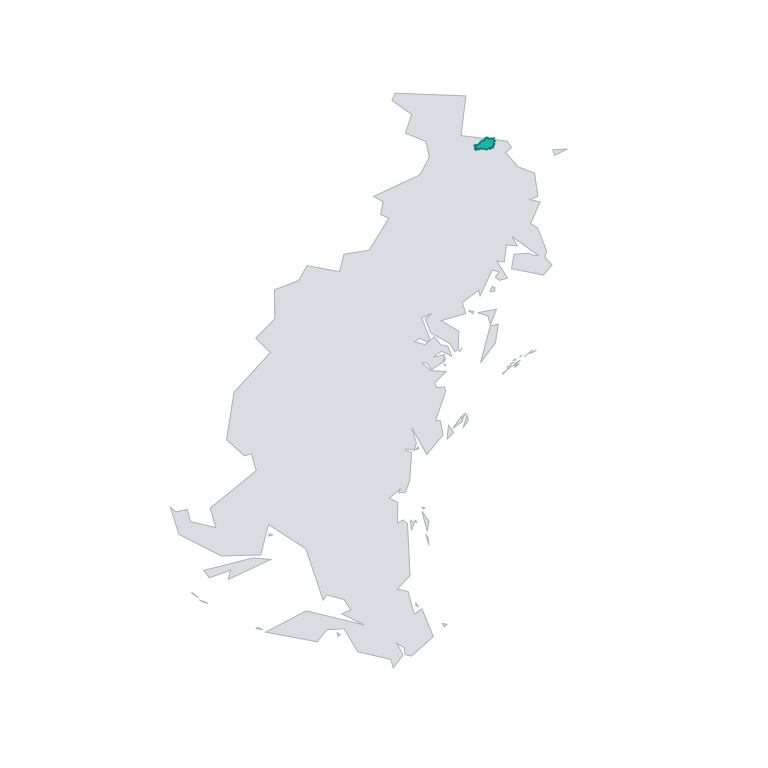 Russia, with Kursk highlighted, rotated 161°
{"feature_id": "RUS-2362", "entity_name": "Kursk", "entity_type": "Region", "adm_level": 1, "iso_a3": "RUS", "parent_name": "Russia", "parent_adm1": "", "projection": "albers", "projection_center": [36.333, 51.669], "detail": "fine", "context": "in_parent", "style": "filled", "palette": "teal", "viewbox_px": 768, "rotation_deg": 161, "n_neighbors": 0, "source": "natural_earth", "source_scale": "10m", "svg_char_len": 7241}
<svg xmlns="http://www.w3.org/2000/svg" viewBox="0 0 768 768"><g transform="rotate(161 384 384)"><path d="M626.8,308.6L626.1,337.0L622.5,330.9L610.9,329.3L611.8,317.0L589.6,302.9L588.9,323.2L533.0,343.6L532.1,361.4L539.2,361.4L551.0,382.5L528.5,425.0L481.2,450.7L490.3,469.1L466.1,481.1L456.8,508.7L431.0,509.6L418.2,520.9L389.5,504.7L379.6,519.7L354.3,515.4L325.5,539.2L332.0,545.4L325.4,556.8L332.9,564.7L281.9,570.1L267.2,583.8L265.5,599.7L282.0,614.2L270.1,630.0L284.2,649.5L278.7,655.3L212.8,629.7L230.3,593.8L188.6,573.5L186.6,566.1L193.7,563.3L186.5,545.7L173.0,534.2L177.4,511.3L186.1,510.8L177.1,505.3L193.1,488.1L187.9,481.3L186.9,457.0L190.5,451.5L186.4,441.9L197.9,435.1L225.9,451.6L218.8,464.3L204.8,460.7L199.8,456.5L196.4,455.7L215.0,481.7L212.9,471.3L223.1,475.6L230.6,460.2L237.3,463.5L232.8,443.9L241.0,444.4L244.1,448.7L238.8,452.7L244.6,456.6L264.5,436.1L264.1,441.7L283.6,435.6L283.6,424.0L309.4,425.3L296.0,409.5L302.7,392.0L306.6,391.7L308.3,400.6L323.2,417.1L323.8,432.1L315.9,435.1L326.9,434.1L326.0,412.2L329.1,409.4L335.7,415.8L341.2,413.9L332.5,407.9L321.1,412.2L317.6,402.6L311.4,399.0L310.9,388.3L318.6,396.3L326.3,394.4L327.9,393.2L317.0,392.0L321.0,385.5L334.3,382.0L336.8,390.0L341.2,391.4L335.4,381.4L321.2,375.6L336.1,368.3L334.9,363.1L327.8,361.7L328.0,357.1L347.2,332.5L342.8,331.0L344.6,316.8L366.5,303.3L371.9,333.5L372.6,317.5L376.9,311.6L383.4,315.1L384.7,315.2L385.3,314.4L380.2,310.3L390.8,284.8L398.9,274.7L405.8,276.3L402.3,279.8L416.3,274.3L409.5,267.6L416.6,247.9L410.4,249.3L407.3,244.2L421.8,194.3L438.4,185.8L428.8,179.9L430.3,156.5L421.3,159.2L419.6,129.2L446.8,117.8L452.1,121.3L450.7,128.0L456.3,134.7L454.2,121.6L467.7,112.7L467.2,121.3L496.1,139.4L501.4,165.5L517.8,170.3L531.3,162.1L576.7,187.9L531.4,194.8L481.2,162.7L498.8,180.4L488.9,181.1L491.9,193.2L507.0,203.4L511.9,199.6L511.6,253.8L539.0,288.8L556.2,262.5L593.7,274.3L626.8,308.6ZM285.8,372.7L264.6,404.4L256.4,403.3L265.2,386.6L285.8,372.7ZM548.3,255.0L594.9,249.9L589.6,257.9L612.3,257.7L614.9,266.4L564.4,262.2L548.3,255.0ZM253.3,418.1L264.2,405.2L263.6,414.5L272.3,420.9L253.3,418.1ZM389.6,251.4L386.2,239.6L391.1,230.5L389.6,251.4ZM321.7,323.3L333.3,319.5L321.1,328.5L321.7,323.3ZM316.0,322.4L323.5,316.9L315.6,327.5L316.0,322.4ZM334.0,315.4L342.3,311.4L336.4,324.0L334.0,315.4ZM393.4,228.7L392.3,223.0L394.0,217.0L393.4,228.7ZM134.0,546.6L148.3,544.7L148.2,550.4L134.0,546.6ZM237.3,365.9L242.5,364.0L232.5,367.8L237.3,365.9ZM400.8,242.5L405.7,236.7L403.2,246.6L400.8,242.5ZM253.6,437.1L250.0,441.0L247.7,439.2L249.2,435.5L253.6,437.1ZM247.1,362.3L251.6,360.2L254.3,360.4L247.1,362.3ZM263.0,357.3L261.5,360.1L257.8,360.5L258.2,359.0L263.0,357.3ZM267.7,355.9L263.7,357.1L269.0,354.4L267.7,355.9ZM276.9,421.5L280.5,426.1L275.7,423.4L276.9,421.5ZM320.7,325.8L319.0,329.1L316.2,329.5L320.7,325.8ZM249.3,359.3L255.1,357.0L253.4,359.0L249.3,359.3ZM406.2,134.8L406.9,138.6L402.6,136.3L406.2,134.8ZM232.5,365.5L236.4,365.4L228.7,366.7L232.5,365.5ZM302.2,390.3L298.4,392.9L302.0,390.0L302.2,390.3ZM372.0,311.6L375.5,311.6L372.4,313.5L372.0,311.6ZM423.9,161.8L426.0,164.6L425.2,166.5L423.9,161.8ZM256.4,362.3L253.4,362.4L258.1,361.6L256.4,362.3ZM254.6,358.7L256.7,359.5L253.1,359.7L254.6,358.7ZM621.8,234.1L625.0,235.8L629.3,240.3L621.8,234.1ZM251.6,363.6L253.9,364.4L251.3,364.9L251.6,363.6ZM320.4,385.1L318.3,388.1L317.5,388.3L320.4,385.1ZM509.6,160.4L509.2,164.1L507.0,161.1L509.6,160.4ZM398.1,242.5L400.2,244.2L398.3,244.8L398.1,242.5ZM538.4,277.6L542.7,277.7L541.3,279.8L538.4,277.6ZM578.5,191.1L584.5,194.3L582.8,195.4L578.5,191.1ZM247.3,365.1L244.9,366.1L244.0,365.9L247.3,365.1ZM319.9,380.4L320.6,382.8L319.6,382.6L319.9,380.4ZM387.4,252.9L388.4,255.0L385.7,253.7L387.4,252.9ZM633.0,248.9L628.9,242.2L634.0,249.1L633.0,248.9Z" fill="#d9dde1" stroke="#a8b0b8" stroke-width="1"/><path d="M201.2,577.2L201.3,577.2L201.5,577.0L201.5,576.7L201.4,576.3L201.4,576.1L201.3,575.9L201.6,575.8L201.6,575.7L201.4,575.6L201.2,575.4L201.3,575.2L201.4,574.9L201.5,574.8L201.9,574.6L202.0,574.4L202.2,574.6L202.3,574.6L202.5,574.6L202.6,574.4L202.8,574.4L203.0,574.1L203.0,573.9L202.9,573.7L202.9,573.3L203.1,573.2L203.3,573.2L203.4,573.3L203.5,573.5L203.5,573.4L203.9,573.1L203.7,573.0L203.8,572.9L203.8,572.7L204.0,572.5L204.1,572.4L204.0,572.1L204.5,572.3L205.0,572.3L205.2,572.1L205.3,572.1L205.5,572.0L205.6,571.9L205.9,572.0L206.3,572.1L206.3,571.9L206.4,571.7L206.5,571.7L206.7,571.8L206.8,571.8L206.9,571.7L207.0,571.6L207.3,571.6L207.3,571.9L207.3,572.0L207.6,572.3L207.6,572.6L207.5,572.9L207.5,573.0L208.1,572.8L208.2,572.7L208.5,572.7L208.7,572.8L208.8,572.8L209.0,572.8L209.2,572.6L209.3,572.5L209.8,572.5L210.0,572.5L210.8,572.0L211.0,572.1L211.4,572.4L211.6,572.8L211.7,573.0L212.0,573.3L212.3,573.4L212.6,573.6L212.9,573.6L213.0,573.6L213.1,573.8L213.3,574.0L213.9,574.2L213.9,574.3L214.0,574.3L214.2,574.2L214.3,574.2L214.4,574.3L214.5,574.3L214.9,574.4L215.0,574.4L215.2,574.5L215.6,575.0L215.9,575.3L216.0,575.5L216.5,575.3L216.5,575.1L216.6,574.9L216.8,574.9L217.0,574.9L217.3,575.1L217.6,575.2L217.8,575.0L217.9,574.8L218.0,574.8L218.0,575.0L218.1,575.3L218.2,575.6L218.3,575.6L218.5,575.5L218.6,575.8L219.2,575.9L219.3,575.7L219.7,575.5L219.9,575.5L220.0,575.5L220.2,575.4L220.3,575.3L220.5,575.2L220.7,575.6L220.8,575.5L220.9,575.4L221.1,575.4L221.2,575.5L221.2,575.8L221.2,576.0L221.3,576.2L221.3,576.3L221.1,576.6L221.2,576.8L221.3,576.9L221.6,576.9L221.7,577.0L221.3,577.3L221.2,577.4L220.9,577.4L220.5,577.3L220.3,577.2L220.2,577.3L220.2,577.5L220.3,577.6L220.3,577.8L220.2,577.9L219.9,577.7L219.9,577.9L220.2,578.2L220.3,578.5L220.6,578.6L220.6,578.9L220.6,579.0L220.6,579.3L220.7,579.7L220.7,579.9L220.7,580.0L221.0,579.9L221.0,580.0L220.9,580.1L220.8,580.4L220.7,580.5L220.3,580.4L220.1,580.4L220.0,580.2L219.9,580.2L219.7,580.1L219.4,580.0L219.4,579.9L219.5,579.8L219.5,579.6L219.3,579.6L218.9,579.6L218.7,579.7L218.4,579.6L218.0,579.8L217.9,579.9L217.7,580.0L217.2,580.0L217.1,579.9L216.9,579.8L216.7,579.9L216.5,580.0L216.1,579.9L216.0,580.0L215.5,580.3L215.4,580.4L215.2,580.3L215.0,580.2L214.9,580.3L214.9,580.6L214.9,581.0L214.7,581.1L214.2,581.4L214.0,581.5L213.9,581.5L213.7,581.5L212.7,582.0L212.4,582.3L212.2,582.3L212.1,582.2L211.9,582.1L211.7,582.2L211.7,582.3L211.4,582.2L211.2,582.0L210.9,582.1L210.6,582.2L210.4,582.0L209.9,582.0L209.5,581.7L209.4,581.7L209.2,581.7L209.0,582.0L209.3,582.5L209.1,582.6L208.9,582.9L208.7,582.9L208.6,583.1L208.4,583.3L208.3,583.5L208.2,583.4L208.0,583.2L207.9,583.2L207.8,583.3L207.9,583.5L207.7,583.6L207.4,583.6L207.2,583.6L206.9,583.7L206.9,583.4L206.7,583.4L206.2,583.3L205.7,583.3L205.7,583.1L205.9,583.0L206.0,582.9L206.0,582.7L205.9,582.6L205.7,582.6L205.3,582.6L205.1,582.6L204.9,582.2L204.8,581.5L204.8,581.4L204.7,581.3L204.6,581.2L204.5,581.3L204.4,581.3L204.1,581.2L203.8,581.4L203.4,581.5L203.0,581.6L202.7,581.6L202.5,581.4L202.4,581.1L202.2,581.0L201.9,581.0L201.4,580.8L201.2,580.8L200.8,581.0L200.7,581.0L200.2,580.8L200.5,580.7L200.7,580.4L200.9,580.2L200.8,579.9L200.7,580.0L200.6,579.9L200.4,579.9L200.3,579.7L200.5,579.4L200.4,579.3L200.4,579.2L200.5,579.0L200.5,578.9L200.5,578.7L200.4,578.5L200.2,578.2L200.1,577.9L199.9,577.8L199.8,577.7L200.1,577.4L200.9,577.2L201.2,577.2Z" fill="#14b8a6" stroke="#0f766e" stroke-width="1.5"/></g></svg>